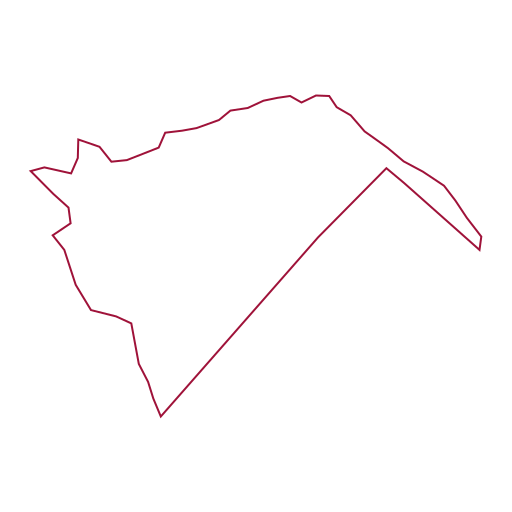 Camutanga, Pernambuco, Brazil (Mercator projection)
{"feature_id": "56859067B82745904918761", "entity_name": "Camutanga", "entity_type": "district", "adm_level": 2, "iso_a3": "BRA", "parent_name": "Brazil", "parent_adm1": "Pernambuco", "projection": "mercator", "projection_center": [-35.297, -7.442], "detail": "fine", "context": "isolated", "style": "outline", "palette": "rose", "viewbox_px": 512, "rotation_deg": 0, "n_neighbors": 0, "source": "geoboundaries", "source_scale": "gbopen_adm2", "svg_char_len": 709}
<svg xmlns="http://www.w3.org/2000/svg" viewBox="0 0 512 512"><path d="M30.7,171.1L53.2,193.8L68.5,207.6L70.6,223.3L52.7,235.3L64.3,249.9L75.7,284.8L91.0,310.1L116.1,316.4L131.3,323.4L138.8,363.9L148.1,381.9L153.3,398.5L160.8,416.5L318.1,237.3L386.4,168.2L404.2,183.1L479.5,249.9L481.3,236.6L466.8,217.8L455.4,200.6L444.0,185.7L422.8,171.6L403.7,161.4L387.9,148.1L377.8,140.8L364.6,131.4L350.7,115.3L336.7,107.2L329.2,96.0L316.0,95.5L301.5,102.5L290.1,96.0L277.7,97.8L263.5,100.7L247.7,108.0L230.4,110.6L219.0,120.0L196.5,128.1L182.0,130.7L165.2,132.7L158.7,147.6L126.9,160.1L111.4,161.7L99.5,146.8L78.3,139.5L77.8,158.0L71.1,173.4L44.4,167.4L30.7,171.1Z" fill="none" stroke="#9f1239" stroke-width="2"/></svg>